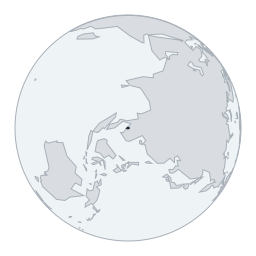 the Earth from above Trat, rotated 95°
{"feature_id": "THA-435", "entity_name": "Trat", "entity_type": "Province", "adm_level": 1, "iso_a3": "THA", "parent_name": "Thailand", "parent_adm1": "", "projection": "orthographic", "projection_center": [102.484, 12.155], "detail": "fine", "context": "on_globe", "style": "filled", "palette": "slate", "viewbox_px": 256, "rotation_deg": 95, "n_neighbors": 0, "source": "natural_earth", "source_scale": "10m", "svg_char_len": 9489}
<svg xmlns="http://www.w3.org/2000/svg" viewBox="0 0 256 256"><g transform="rotate(95 128 128)"><circle cx="128" cy="128" r="113" fill="#eef3f6" stroke="#a8b0b8"/><path d="M233.7,163.4L233.5,164.2L233.4,164.3L233.7,163.4ZM179.2,27.7L179.4,27.8L183.6,30.1L179.8,28.1L190.2,34.6L193.5,37.8L187.5,32.9L185.2,31.5L186.3,32.7L184.1,31.6L183.4,31.7L180.7,30.4L177.4,28.0L175.6,27.2L176.5,28.2L174.4,27.8L173.4,26.3L169.5,25.5L163.4,22.2L162.8,20.9L159.2,19.8L169.4,23.2L179.2,27.7ZM187.1,32.3L186.2,31.7L187.8,32.8L187.1,32.3ZM183.8,32.0L184.7,32.6L184.0,32.4L183.8,32.0ZM179.1,30.3L177.6,30.0L178.6,29.8L179.1,30.3ZM176.4,29.5L172.7,29.2L174.5,30.4L167.5,27.1L172.9,28.3L173.8,27.8L174.6,28.7L176.4,29.5ZM164.2,25.5L162.8,25.1L163.6,25.0L164.2,25.5ZM153.8,18.4L150.9,17.7L150.4,17.7L148.9,17.3L153.8,18.4ZM144.7,16.6L146.5,16.9L144.2,16.6L143.0,16.4L144.7,16.6ZM142.7,16.3L142.4,16.3L141.7,16.2L142.7,16.3ZM143.1,16.5L147.1,17.0L143.1,16.5ZM135.0,15.6L135.7,15.6L134.7,15.6L135.0,15.6ZM140.5,16.1L141.9,16.3L142.1,16.3L140.5,16.1ZM135.8,15.7L135.0,15.6L136.0,15.7L135.8,15.7ZM137.9,15.9L136.9,15.7L138.5,15.9L137.9,15.9ZM140.4,16.2L141.0,16.2L139.8,16.1L140.4,16.2ZM132.4,15.7L131.0,15.4L133.3,15.5L134.3,15.7L132.4,15.7ZM38.4,59.7L38.6,60.2L37.9,61.4L34.4,66.0L31.4,74.9L34.5,71.4L35.3,77.3L38.0,78.7L45.2,69.9L40.8,67.2L43.5,62.3L49.9,60.6L54.3,63.6L55.5,61.9L55.7,56.6L59.7,54.3L56.1,54.7L55.3,56.8L53.0,57.2L53.6,55.4L55.0,54.5L54.5,53.1L48.0,58.1L46.5,60.7L43.4,60.0L40.6,64.5L38.7,66.0L42.7,59.0L44.6,56.9L49.4,49.3L47.1,51.4L42.4,58.9L42.5,58.0L39.4,61.4L41.9,58.1L47.6,49.9L46.8,50.0L45.0,51.9L55.8,41.5L57.6,40.1L57.1,40.6L61.0,38.0L61.2,38.4L67.0,34.6L67.9,34.5L64.2,36.6L61.8,38.5L63.0,40.2L64.5,39.7L68.1,37.2L68.0,38.2L71.3,35.7L74.1,36.0L73.6,33.7L77.8,31.4L81.8,30.3L83.1,29.3L76.6,31.1L74.2,32.3L72.2,33.9L65.3,37.4L64.0,37.5L70.8,32.7L69.7,32.6L75.5,29.3L89.4,25.6L93.0,25.8L90.1,30.6L86.8,31.6L86.2,30.2L82.8,33.5L85.0,32.3L84.9,33.2L88.9,31.7L89.0,32.4L92.7,30.0L93.3,30.6L91.0,32.1L97.4,30.9L99.8,32.2L101.2,31.6L102.1,30.7L104.5,33.2L105.4,32.7L105.0,31.7L106.6,30.1L110.3,28.5L111.0,29.4L109.7,30.1L108.0,33.3L104.6,35.3L105.2,35.6L108.4,34.0L110.4,30.2L112.5,29.0L112.0,30.7L112.3,29.9L113.6,29.7L115.4,30.4L116.1,28.5L128.8,25.5L133.6,26.9L131.7,28.5L141.2,28.5L145.9,30.9L145.4,29.8L149.7,29.6L148.3,28.8L148.4,28.3L158.8,28.3L161.7,29.3L165.7,28.8L165.5,28.3L163.5,27.5L167.5,27.1L174.5,30.4L174.6,31.2L179.0,33.0L178.6,34.7L180.3,37.2L177.5,38.5L179.1,40.7L180.6,41.2L183.9,44.9L185.6,51.1L177.6,43.6L173.8,35.4L174.8,38.4L172.6,37.1L171.7,37.9L172.5,40.3L173.9,40.9L165.0,43.0L163.1,49.6L168.0,49.7L171.3,52.2L173.4,61.7L164.7,74.1L168.9,79.0L169.3,82.1L165.8,83.7L165.2,79.2L161.5,77.3L161.7,74.7L155.9,76.4L155.9,72.8L151.4,76.1L153.3,79.1L158.4,78.7L154.5,83.6L159.9,89.2L160.6,95.7L152.1,106.6L143.1,109.7L142.6,111.7L139.0,109.2L134.3,113.1L141.1,125.3L140.9,128.8L133.2,135.0L133.0,132.4L123.4,125.5L121.7,133.7L128.9,141.0L131.4,149.2L125.9,146.4L123.3,139.1L119.9,136.5L120.8,129.4L118.0,118.5L112.4,120.1L112.8,115.9L108.1,106.9L100.0,108.9L87.1,119.0L85.4,129.7L81.0,134.0L75.6,117.6L75.8,107.1L72.2,107.5L68.0,98.0L56.1,95.3L55.9,92.4L53.3,93.2L50.7,89.7L50.9,85.2L48.6,84.9L48.4,96.9L51.0,97.3L55.3,93.8L54.6,97.9L57.4,102.3L49.0,110.8L33.8,115.8L34.8,107.6L35.9,84.1L37.3,81.9L37.4,81.7L37.6,81.2L35.1,84.6L36.2,80.2L32.9,95.8L31.3,102.4L33.5,116.2L32.7,117.3L34.2,120.4L41.9,119.5L41.4,122.2L36.3,133.6L27.7,147.6L30.3,159.5L32.1,169.1L29.9,173.7L33.4,181.5L32.7,183.1L34.8,187.3L36.1,191.1L37.1,194.0L35.7,192.6L31.4,186.0L27.6,179.1L24.3,171.9L21.5,164.6L19.2,157.0L17.4,149.3L16.2,141.5L15.5,133.6L15.4,125.7L15.8,117.8L16.8,110.0L18.3,102.2L20.4,94.6L23.0,87.2L26.1,79.9L29.8,72.9L33.9,66.1L38.4,59.7ZM56.4,72.1L60.7,73.9L63.2,67.6L65.0,67.9L65.2,65.7L63.3,67.1L64.3,61.5L67.8,60.6L69.5,58.2L68.1,57.5L61.7,60.2L60.2,68.0L57.3,69.9L56.4,72.1ZM63.0,36.0L64.2,35.2L71.0,30.8L71.5,30.7L70.1,31.4L69.7,31.8L67.3,33.2L61.0,37.7L58.9,39.2L59.2,38.8L63.0,36.0ZM88.6,22.5L87.9,22.8L85.5,23.7L85.3,23.8L88.6,22.5ZM97.4,19.6L96.6,19.8L97.4,19.6ZM124.9,15.4L126.3,15.4L123.8,15.5L124.8,15.5L123.4,15.8L119.1,16.2L120.6,16.2L119.6,16.6L116.1,17.1L117.1,16.7L112.5,17.7L111.8,17.3L111.3,17.5L109.4,17.5L106.2,18.0L106.4,17.8L105.1,18.1L103.8,18.2L102.1,18.6L101.8,18.5L99.7,19.0L100.8,18.7L97.2,19.7L99.7,19.0L99.1,19.1L107.6,17.2L116.2,16.0L124.9,15.4ZM132.4,15.4L131.7,15.4L132.4,15.4ZM131.4,15.4L132.1,15.4L130.7,15.4L131.1,15.5L129.4,15.5L131.9,15.7L126.9,15.9L124.1,15.9L127.8,15.4L127.2,15.4L127.8,15.4L131.4,15.4ZM39.4,60.0L39.3,60.6L39.6,60.8L37.7,63.2L39.4,60.0ZM43.2,54.5L43.4,54.4L40.8,57.5L40.9,57.1L43.2,54.5ZM45.8,52.0L43.6,54.2L44.8,52.7L45.8,52.0ZM64.7,36.6L65.2,36.6L64.4,37.2L63.1,37.9L64.7,36.6ZM102.4,21.2L103.4,20.7L104.1,20.6L107.8,19.5L108.6,19.9L106.7,20.6L102.4,21.2ZM43.2,71.0L41.1,72.4L41.3,71.2L42.0,71.0L43.2,71.0ZM38.3,67.5L38.4,69.4L37.7,68.1L38.3,67.5ZM103.9,21.4L105.3,20.9L104.8,21.4L103.9,21.4ZM109.4,20.1L109.2,20.6L109.1,19.8L109.4,20.1ZM86.9,223.7L89.2,225.0L87.6,224.8L86.9,223.7ZM42.3,171.0L43.9,186.6L41.0,185.8L38.3,180.6L36.2,170.8L39.0,169.0L39.7,164.8L42.3,171.0ZM159.5,168.7L162.8,169.2L162.7,169.7L159.5,168.7ZM156.1,166.9L159.9,167.1L155.4,168.0L156.1,166.9ZM161.4,167.2L165.2,166.3L166.9,165.5L166.6,166.6L161.4,167.2ZM153.5,166.9L139.3,166.3L133.6,164.7L135.0,162.9L144.1,163.7L153.5,166.9ZM134.5,162.8L125.9,157.1L114.0,140.9L118.2,141.5L130.7,151.5L129.9,153.1L135.1,157.5L134.5,162.8ZM155.4,153.9L154.5,158.7L146.7,158.0L143.2,157.1L140.7,150.8L142.1,147.7L145.0,147.9L156.3,137.5L160.2,140.2L156.8,144.7L160.0,149.0L155.4,153.9ZM85.8,130.8L88.2,137.6L85.8,138.4L85.8,130.8ZM160.8,130.1L156.3,134.7L160.3,128.5L160.8,130.1ZM163.1,124.3L163.4,126.7L161.6,124.3L163.1,124.3ZM142.6,115.0L139.5,115.4L139.4,113.7L143.3,112.2L142.6,115.0ZM161.2,101.2L161.3,106.1L160.7,107.7L159.3,104.7L161.2,101.2ZM112.9,25.7L106.8,26.6L103.0,27.9L101.7,29.6L101.0,27.9L106.8,25.8L112.9,25.7ZM126.7,25.3L127.9,24.2L129.1,24.7L129.0,25.0L126.7,25.3ZM126.2,24.6L124.3,23.3L126.0,22.8L127.2,23.8L126.2,24.6ZM113.9,21.7L112.0,21.9L112.4,21.4L113.9,21.7ZM207.7,206.4L207.8,206.9L204.6,210.0L200.7,213.2L198.2,214.6L207.7,206.4ZM184.3,216.3L185.4,213.1L189.1,212.6L186.5,215.5L184.3,216.3ZM210.3,203.9L213.2,200.6L215.6,196.8L213.7,200.2L214.5,199.9L208.3,206.5L210.3,203.9ZM174.3,203.2L152.7,210.0L148.2,209.0L150.0,206.2L147.0,197.4L148.6,197.6L148.3,191.6L161.4,186.3L171.0,176.2L177.6,176.8L183.0,169.4L189.7,169.9L187.3,175.7L193.7,179.4L199.2,166.2L201.9,179.9L205.7,184.6L205.3,193.0L194.0,207.6L188.6,210.6L188.1,209.4L185.7,210.9L182.8,210.5L182.3,206.1L179.9,207.6L182.7,204.1L179.0,207.2L178.0,204.3L174.3,203.2ZM221.0,176.5L221.6,176.7L222.3,178.9L221.3,178.7L221.0,176.5ZM231.9,166.7L231.9,167.7L231.3,168.2L231.9,166.7ZM233.4,164.3L232.8,165.0L233.7,163.4L233.4,164.3ZM226.0,167.9L226.2,168.7L225.9,169.0L226.0,167.9ZM225.7,167.6L226.3,166.2L226.1,167.6L225.7,167.6ZM223.0,160.6L223.6,159.8L223.7,160.4L223.0,160.6ZM167.7,169.4L172.4,165.7L174.8,165.4L167.7,169.4ZM222.5,159.1L221.3,159.1L221.5,158.4L222.5,159.1ZM222.7,157.4L222.6,156.3L223.2,158.7L222.7,157.4ZM220.5,155.2L221.9,157.0L220.3,155.5L220.5,155.2ZM219.6,155.6L218.5,154.8L218.6,154.5L219.6,155.6ZM206.4,157.7L210.6,163.8L207.0,163.8L203.1,160.0L199.7,163.7L192.1,163.3L194.0,161.0L193.0,157.6L185.0,156.3L183.4,154.0L186.3,152.5L180.9,150.7L186.9,149.7L189.2,154.3L192.5,150.7L198.1,151.5L203.3,153.0L207.4,156.3L206.4,157.7ZM186.7,159.9L187.7,159.9L186.8,161.2L186.7,159.9ZM216.4,152.4L218.0,154.5L217.8,155.1L217.0,154.8L216.4,152.4ZM208.4,155.5L212.9,151.5L213.9,151.5L210.9,156.0L208.4,155.5ZM211.8,149.1L213.8,149.5L214.8,151.6L214.4,152.2L211.8,149.1ZM174.7,155.6L174.4,156.8L172.9,155.8L174.7,155.6ZM176.7,154.8L181.4,156.2L176.3,155.9L176.7,154.8ZM162.2,150.1L163.6,153.2L168.1,151.3L164.7,154.1L167.7,159.1L166.6,161.0L163.7,155.5L162.5,161.1L160.6,160.9L159.5,156.1L161.6,150.3L163.5,148.0L171.6,147.1L162.2,150.1ZM176.7,151.1L175.4,147.6L176.4,145.2L177.7,147.1L176.7,151.1ZM171.6,139.0L168.2,134.9L165.2,136.4L171.2,130.9L173.6,135.7L171.6,139.0ZM168.6,130.1L165.8,131.4L168.7,128.2L168.6,130.1ZM165.0,130.0L164.6,127.2L166.9,127.6L165.0,130.0ZM170.1,130.2L170.5,125.5L171.7,128.3L170.1,130.2ZM163.4,120.9L168.5,125.6L162.1,123.5L161.4,114.4L164.1,114.3L163.4,120.9ZM176.2,85.7L175.3,83.3L177.6,82.8L177.6,84.6L176.2,85.7ZM184.4,80.0L178.0,81.9L172.6,83.9L174.5,85.1L173.6,89.1L170.6,85.2L174.1,80.9L178.2,80.2L178.4,76.9L181.2,74.8L180.0,70.7L181.1,69.1L183.4,72.6L184.4,80.0ZM179.3,69.0L178.2,62.2L182.7,63.4L184.0,65.2L182.6,67.7L180.3,66.9L179.3,69.0ZM179.2,61.0L177.0,60.3L170.5,50.7L170.3,49.1L177.6,56.5L175.9,56.2L176.7,58.5L179.2,61.0ZM163.4,25.6L162.9,25.2L164.1,25.7L163.4,25.6ZM147.6,27.9L148.0,27.3L149.4,27.7L147.6,27.9ZM149.8,26.1L147.9,25.9L149.6,25.7L149.8,26.1ZM143.7,25.9L147.0,25.7L144.2,26.5L143.7,25.9Z" fill="#d9dde1" stroke="#a8b0b8" stroke-width="1"/><path d="M128.5,128.2L128.6,128.3L128.7,128.6L128.8,128.7L128.8,128.8L128.9,129.0L128.8,128.9L128.7,128.6L128.6,128.4L128.5,128.2L128.3,128.0L128.2,127.9L128.2,128.1L127.8,127.9L127.7,127.9L127.6,127.7L127.8,127.6L127.7,127.5L127.7,127.4L127.7,127.2L127.8,127.1L127.9,126.9L128.0,126.9L128.0,127.0L128.3,127.3L128.5,127.4L128.5,127.5L128.4,127.6L128.4,128.0L128.5,128.2L128.5,128.2ZM127.8,128.2L127.9,128.3L127.7,128.4L127.6,128.2L127.8,128.1L127.8,128.2ZM128.2,128.9L128.2,129.0L128.1,128.9L128.2,128.9Z" fill="#64748b" stroke="#1e293b" stroke-width="1.5"/></g></svg>